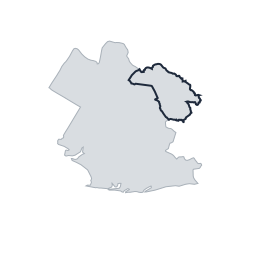 Gabon, with Haut-Ogooué highlighted, rotated 301°
{"feature_id": "GAB-2627", "entity_name": "Haut-Ogooué", "entity_type": "Province", "adm_level": 1, "iso_a3": "GAB", "parent_name": "Gabon", "parent_adm1": "", "projection": "natural_earth1", "projection_center": [13.705, -1.23], "detail": "fine", "context": "in_parent", "style": "outline", "palette": "slate", "viewbox_px": 256, "rotation_deg": 301, "n_neighbors": 0, "source": "natural_earth", "source_scale": "10m", "svg_char_len": 7434}
<svg xmlns="http://www.w3.org/2000/svg" viewBox="0 0 256 256"><g transform="rotate(301 128 128)"><path d="M169.7,43.5L169.5,45.4L167.6,50.3L166.7,54.1L166.4,58.1L167.0,61.3L167.9,63.6L168.5,66.1L168.1,67.8L167.1,68.6L167.8,69.5L169.2,69.7L171.6,68.9L175.3,67.6L180.2,65.7L183.4,64.6L188.7,65.3L191.5,66.0L193.0,67.4L194.5,73.1L195.3,74.0L196.6,76.4L197.6,79.3L197.9,80.8L197.7,81.9L196.7,83.5L195.5,85.8L195.0,87.2L194.0,88.3L192.7,89.3L189.2,89.7L188.7,90.3L187.7,92.8L185.8,94.9L185.0,96.9L184.2,99.6L184.4,102.9L184.0,107.6L183.6,110.8L184.5,111.9L188.8,112.7L189.6,113.3L190.7,115.3L192.1,117.2L196.0,118.4L197.5,119.8L198.7,121.3L198.9,122.6L198.0,127.8L197.2,132.7L197.5,136.5L197.8,140.0L198.3,145.3L198.1,148.4L197.0,150.4L197.0,151.9L197.5,153.8L196.5,158.8L195.9,159.7L194.1,160.6L193.2,162.0L193.0,164.2L192.0,167.1L191.1,168.2L191.1,169.5L192.0,170.5L192.0,172.1L190.2,173.9L189.2,175.3L186.9,175.9L184.3,175.2L183.7,174.2L184.3,172.6L184.1,171.4L183.2,170.0L181.7,166.6L180.5,165.9L179.8,167.3L177.7,169.9L173.9,173.2L171.2,173.5L166.3,172.5L162.2,170.9L160.3,167.0L159.1,163.8L157.4,160.0L155.4,158.3L153.3,157.1L152.4,157.0L149.4,159.1L148.5,159.9L148.5,161.7L148.7,163.3L149.2,164.1L149.6,165.2L149.5,166.8L149.0,169.0L148.8,171.4L139.4,173.7L137.8,172.9L136.6,171.8L135.2,172.0L131.1,173.2L129.6,172.4L128.1,171.7L127.4,172.2L127.4,173.3L128.1,178.9L127.9,181.1L126.9,183.9L126.5,185.8L129.0,186.3L129.9,187.2L130.7,188.6L131.9,190.0L132.0,190.8L130.7,192.2L130.2,194.1L130.8,195.5L132.5,197.0L135.0,198.5L136.2,199.5L136.1,200.4L135.0,202.4L134.5,204.1L133.7,205.6L133.9,207.0L135.0,208.3L134.9,209.4L134.1,210.3L132.6,210.1L131.3,210.2L130.1,209.9L126.4,205.4L125.6,205.3L120.3,208.7L119.0,210.1L117.9,212.2L116.5,216.5L114.0,214.0L111.9,209.3L109.5,206.4L104.4,201.8L103.0,198.4L97.2,190.8L88.8,183.3L82.7,176.7L81.8,175.3L82.8,175.5L88.7,178.7L89.5,178.4L90.1,177.6L87.6,175.9L85.2,174.6L82.9,173.7L80.6,173.8L79.4,172.4L78.5,170.3L78.1,168.5L77.1,166.6L73.9,162.8L73.1,161.3L71.3,159.2L72.4,158.9L75.9,160.9L76.2,160.1L75.9,159.0L72.4,157.1L70.5,157.0L70.1,155.7L70.3,154.2L67.9,148.5L65.3,144.3L64.9,142.3L71.8,151.5L72.8,151.6L74.0,151.6L76.9,150.5L76.3,149.3L75.0,148.0L73.8,148.6L72.1,148.7L71.3,148.2L70.9,147.2L72.5,142.7L71.8,143.0L71.3,143.8L70.4,144.1L69.0,144.4L65.6,142.0L62.5,135.5L61.7,134.2L60.9,132.0L60.1,131.0L56.7,121.8L58.0,122.5L59.6,125.2L62.7,124.6L63.9,123.1L64.9,123.1L66.0,122.8L67.3,121.3L71.3,115.0L72.3,106.7L72.0,101.7L71.4,96.8L72.7,95.2L73.2,96.3L73.5,98.0L74.1,99.3L75.5,100.5L78.1,100.8L82.1,102.6L83.6,103.8L84.0,101.4L88.6,99.5L87.2,98.8L83.1,99.5L77.4,96.6L75.5,94.7L73.8,91.2L72.0,89.3L72.1,87.6L76.2,86.1L77.2,86.3L77.7,88.1L78.8,88.8L79.2,88.6L79.4,87.0L79.4,82.8L78.1,76.8L78.5,75.6L79.6,75.2L80.6,74.4L81.3,74.3L82.7,74.4L83.4,75.8L83.8,76.6L85.2,76.9L86.3,77.7L87.3,77.5L88.1,76.6L89.3,76.4L93.0,76.4L96.4,76.5L103.0,76.5L109.7,76.5L116.4,76.5L121.5,76.5L121.4,73.1L121.4,67.8L121.4,61.5L121.4,55.5L121.3,49.9L121.3,43.3L121.6,41.4L121.9,40.6L121.8,39.5L127.0,39.5L136.3,39.9L140.4,39.9L141.6,40.0L146.7,39.6L150.9,40.0L152.6,40.5L154.2,40.7L159.2,41.0L165.7,40.7L167.9,40.8L169.1,41.7L169.7,43.5Z" fill="#d9dde1" stroke="#a8b0b8" stroke-width="1"/><path d="M184.3,107.6L183.2,109.4L182.9,110.1L182.9,110.9L184.0,112.4L184.2,112.6L184.3,112.5L184.7,112.4L184.8,112.3L184.8,112.1L184.9,111.9L185.1,111.8L186.0,111.9L186.2,112.0L186.4,112.2L186.6,112.5L187.5,112.2L188.5,112.4L189.4,112.9L190.0,113.6L190.5,114.6L190.8,115.7L190.9,116.9L191.0,118.0L191.4,117.7L191.8,117.6L192.2,117.6L192.7,117.8L193.1,117.9L193.5,117.7L193.8,117.5L194.3,117.4L194.9,117.7L195.9,118.2L196.7,118.8L197.3,119.6L198.2,120.4L198.5,120.8L199.1,122.1L199.3,123.0L199.2,123.9L198.2,126.4L198.0,127.1L198.0,127.8L198.2,128.5L198.3,129.4L198.0,130.0L197.6,130.6L197.2,131.3L197.1,131.9L197.0,133.1L196.7,133.7L196.7,134.2L197.4,136.4L197.7,137.0L197.7,137.3L197.7,137.6L197.6,138.1L197.6,138.3L197.8,138.7L197.9,138.8L198.3,139.3L198.5,139.6L198.5,139.9L198.5,140.8L198.4,141.4L198.3,141.7L198.2,142.0L197.8,142.4L197.6,142.6L197.5,142.9L197.7,143.5L198.1,143.9L198.9,144.6L199.1,145.1L198.9,145.5L198.6,145.7L198.3,146.0L198.2,146.3L198.2,147.0L197.8,147.8L198.2,148.2L198.4,148.7L198.5,149.1L197.6,149.3L197.5,149.5L197.4,149.9L197.2,150.2L197.0,150.4L196.8,150.5L196.3,150.7L196.0,150.9L196.2,151.1L196.7,151.4L197.0,152.6L197.4,152.7L197.9,152.8L198.1,153.0L197.5,153.4L197.2,153.8L197.1,154.4L197.0,156.7L196.8,157.4L196.8,157.7L197.0,158.9L196.8,159.3L196.2,159.7L196.1,159.8L193.3,161.0L193.1,161.3L193.0,161.5L192.9,161.7L192.9,162.0L192.8,162.3L192.8,162.5L193.1,162.8L193.2,163.0L193.2,163.3L193.1,163.9L192.9,165.4L192.8,165.8L192.6,166.0L192.2,166.2L192.1,166.3L192.1,166.6L192.2,167.1L192.2,167.3L191.9,167.7L191.0,168.1L190.7,168.4L190.8,169.3L192.6,171.2L192.8,172.1L192.7,172.0L191.5,172.3L191.3,172.4L191.1,172.6L190.6,173.1L190.4,173.3L190.3,173.6L190.3,174.4L190.1,174.6L189.9,174.8L189.7,175.1L189.5,175.6L189.4,176.0L189.0,176.2L188.8,176.1L188.4,175.8L188.2,175.8L186.9,176.3L186.7,176.3L186.5,176.1L186.5,175.6L186.2,175.4L185.8,175.5L185.3,175.8L184.8,175.9L184.2,175.9L183.7,175.7L183.3,175.3L183.3,175.1L183.3,174.0L183.5,173.8L184.0,173.5L184.3,172.6L184.6,172.4L184.7,172.2L184.4,171.7L184.2,171.5L183.9,171.3L183.7,171.1L183.6,170.3L183.5,170.1L183.0,169.5L182.7,169.0L182.1,167.7L181.9,166.5L181.7,165.9L181.4,165.4L181.1,165.0L180.8,164.8L180.7,164.7L180.7,164.9L180.2,165.8L179.9,166.3L179.8,166.7L179.8,167.2L179.7,167.5L179.5,167.8L177.6,169.9L177.5,170.2L177.4,170.8L177.3,171.1L177.0,171.3L176.5,171.5L176.2,171.7L175.9,171.9L175.6,172.4L175.4,172.7L174.6,173.3L174.3,173.6L174.2,173.9L174.1,174.1L174.0,174.4L173.7,174.5L173.4,174.1L173.2,174.1L172.9,174.2L172.2,174.1L171.8,174.2L171.3,174.2L167.0,172.3L166.8,172.3L166.5,172.3L166.0,172.6L165.8,172.7L165.3,172.6L163.7,171.7L163.1,171.6L162.7,171.7L162.3,172.2L162.0,172.6L161.7,172.6L161.6,172.4L161.7,172.1L162.0,171.9L162.1,171.7L162.2,171.4L162.3,171.2L162.3,170.9L162.4,170.6L162.5,170.4L162.7,170.2L162.6,169.8L162.4,169.8L162.2,169.6L162.1,169.4L162.0,168.6L161.8,168.3L161.3,167.4L161.1,167.2L160.5,167.5L160.2,167.5L160.0,167.0L160.0,166.7L159.9,166.5L159.6,166.2L159.6,165.8L159.7,165.6L159.7,165.4L159.8,165.3L159.9,165.1L159.4,165.0L159.3,164.8L159.4,164.6L159.3,163.8L159.2,163.7L158.8,163.2L158.7,163.0L158.5,162.4L157.9,160.4L157.6,159.7L157.2,159.3L156.2,158.9L156.1,158.7L156.5,157.6L156.6,156.8L157.0,156.0L157.0,155.7L156.9,155.1L156.9,154.8L158.8,150.5L159.2,149.9L159.3,149.6L159.4,149.3L159.6,149.0L159.8,148.7L159.9,148.4L159.9,147.6L160.0,147.3L160.2,146.9L160.4,146.6L160.7,146.4L160.9,146.2L161.1,145.9L161.2,145.4L161.5,145.1L162.2,144.7L162.4,144.7L162.5,144.7L162.9,144.7L163.1,144.6L163.4,144.4L163.6,144.2L163.8,143.9L164.2,143.4L164.4,143.1L164.6,143.0L165.0,142.8L165.2,142.6L165.6,141.8L165.9,141.5L166.1,141.3L166.4,141.2L166.5,140.9L166.6,140.3L166.7,139.1L166.6,138.1L166.3,137.0L166.3,136.8L166.5,136.6L168.3,137.6L168.8,138.0L169.0,138.0L169.1,137.8L173.1,132.2L176.2,126.9L176.2,126.5L176.0,125.8L169.9,111.8L169.7,111.6L169.4,111.5L169.2,111.4L168.9,111.3L168.7,111.1L168.6,110.8L168.6,110.4L168.5,109.8L168.3,108.7L168.2,108.4L168.0,108.2L167.9,108.0L168.1,107.7L168.7,106.7L169.3,105.3L169.4,103.9L174.0,104.1L174.9,104.0L175.3,104.1L180.2,105.3L180.7,105.5L181.3,105.9L182.5,106.9L184.3,107.6L184.3,107.6Z" fill="none" stroke="#1e293b" stroke-width="2"/></g></svg>